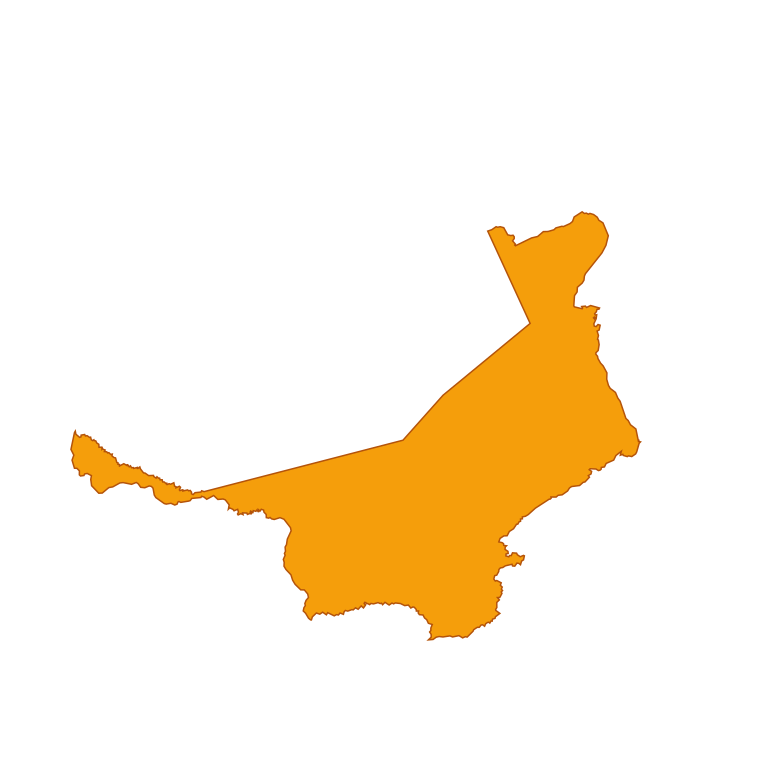 outline of Landázuri, Santander, Colombia, rotated 26°
{"feature_id": "7082276B67983395238238", "entity_name": "Landázuri", "entity_type": "district", "adm_level": 2, "iso_a3": "COL", "parent_name": "Colombia", "parent_adm1": "Santander", "projection": "mercator", "projection_center": [-73.893, 6.365], "detail": "fine", "context": "isolated", "style": "filled", "palette": "amber", "viewbox_px": 768, "rotation_deg": 26, "n_neighbors": 0, "source": "geoboundaries", "source_scale": "gbopen_adm2", "svg_char_len": 6170}
<svg xmlns="http://www.w3.org/2000/svg" viewBox="0 0 768 768"><g transform="rotate(26 384 384)"><path d="M536.1,594.5L540.1,592.1L541.9,588.7L544.2,586.8L547.9,585.5L553.7,581.5L556.5,581.3L561.7,577.3L566.0,577.7L567.8,575.5L569.7,575.0L572.4,567.2L572.3,565.5L574.5,561.8L576.3,560.9L576.9,558.1L578.1,557.2L580.6,557.6L580.5,554.9L581.5,553.1L582.6,552.2L583.9,552.5L584.1,550.1L585.2,549.7L584.6,547.8L586.5,546.0L586.2,544.3L588.7,539.4L583.7,538.5L583.2,537.7L583.4,535.4L581.1,530.9L582.3,527.5L579.6,526.2L581.6,525.1L581.7,524.2L581.8,520.5L580.5,519.5L581.1,517.7L579.4,516.9L579.3,514.7L576.8,513.9L576.5,511.3L571.5,511.2L570.4,512.3L568.2,511.2L567.5,507.7L569.1,506.4L569.3,502.3L568.6,500.3L569.2,498.3L571.2,496.9L572.8,494.2L578.1,489.9L579.3,491.2L581.4,490.4L582.0,486.7L583.9,486.1L585.9,486.6L585.3,482.8L586.5,480.9L585.5,476.9L584.5,476.9L582.2,479.5L578.7,479.0L577.3,477.9L573.5,479.4L573.6,482.4L572.1,483.1L571.9,484.6L568.9,485.1L568.2,483.2L569.9,481.9L568.8,480.1L565.3,479.6L564.4,477.4L565.0,475.7L562.4,476.6L561.4,475.1L559.7,474.8L556.4,475.6L556.0,471.9L558.3,468.0L561.2,466.4L561.3,461.6L563.9,457.3L564.6,451.9L565.7,451.3L565.8,448.7L566.9,447.5L565.9,445.5L567.5,444.5L566.6,442.8L569.1,440.9L570.9,438.1L574.5,429.2L582.9,415.2L583.9,414.5L584.3,413.2L583.6,412.4L588.3,410.1L589.3,407.7L592.7,405.5L595.9,399.7L596.3,396.1L597.6,393.9L604.3,389.5L606.1,385.1L607.6,383.9L609.5,377.7L607.8,376.8L609.5,374.1L608.9,371.5L606.0,371.1L606.4,369.8L611.8,367.5L614.7,367.8L615.9,366.8L616.5,365.5L615.9,363.7L618.5,361.9L618.5,358.0L623.8,351.7L623.8,346.6L626.8,340.4L627.6,344.4L629.5,342.5L630.4,343.3L634.5,342.6L635.2,341.4L638.5,340.6L640.8,336.6L640.9,334.4L639.3,325.4L639.9,323.6L638.5,323.9L637.8,323.1L637.6,323.7L630.1,314.0L623.4,312.6L619.5,309.8L616.5,308.9L603.8,296.0L600.4,294.2L595.7,290.1L589.3,288.8L586.4,286.9L582.1,282.1L579.5,276.3L573.1,271.7L569.5,270.3L565.1,267.3L563.8,265.5L561.3,264.3L560.8,262.9L561.8,260.0L560.1,254.3L557.4,250.5L556.3,250.2L555.5,246.4L552.3,243.0L553.7,241.2L552.5,236.4L550.3,236.7L549.5,239.4L547.6,239.8L546.2,237.9L546.1,233.8L543.3,232.7L543.7,231.6L546.0,232.1L544.8,228.5L543.6,229.4L542.5,228.5L543.2,226.0L542.7,223.5L544.4,222.5L544.4,221.2L535.3,222.9L532.5,226.4L530.9,225.7L527.7,227.7L529.2,228.7L529.1,229.5L521.3,231.2L520.3,230.5L516.5,221.1L517.2,216.6L515.4,212.3L517.9,206.4L518.2,203.0L516.8,199.1L516.7,196.5L522.4,170.7L522.7,162.1L520.6,152.4L510.2,143.2L505.3,142.6L502.5,140.6L498.1,139.8L494.3,140.4L493.2,141.8L491.0,141.7L489.3,142.9L486.6,142.4L481.7,150.5L482.2,155.3L480.9,158.2L476.3,163.8L474.7,164.3L470.1,168.3L469.1,170.9L464.6,175.0L460.4,177.2L457.4,184.1L452.6,188.0L441.6,202.1L440.6,201.8L440.8,200.7L436.8,199.0L437.3,196.3L436.5,194.6L434.8,193.7L432.9,195.0L429.8,195.7L423.1,191.0L419.5,191.7L417.4,193.3L415.8,193.5L413.2,198.1L410.2,201.1L488.8,265.5L442.0,368.2L425.7,426.2L269.5,559.6L266.9,559.9L266.8,561.4L261.8,564.5L260.9,567.1L259.1,567.0L258.4,565.6L256.5,564.6L255.3,565.6L253.9,565.3L250.3,568.2L250.2,567.4L249.3,567.4L247.3,569.3L246.5,568.9L246.4,566.0L244.9,565.6L242.5,568.5L242.1,567.5L240.5,567.6L238.4,564.9L236.2,567.6L234.6,567.8L233.2,569.4L232.3,568.5L232.1,569.2L229.5,568.4L228.0,569.0L226.6,567.3L224.8,568.3L223.6,567.0L222.6,567.5L220.6,566.9L220.4,568.5L217.6,568.1L216.9,567.2L212.6,569.5L208.4,568.8L206.8,569.3L202.2,567.0L200.9,565.6L199.9,567.8L199.3,568.0L198.9,567.1L196.0,569.6L195.4,569.0L193.8,569.9L192.0,568.7L191.3,570.1L189.0,568.9L188.4,569.3L189.5,570.0L185.1,569.7L182.2,573.6L181.5,572.3L180.1,572.8L179.6,571.5L178.2,571.6L175.1,568.1L173.4,568.5L170.9,567.8L170.5,566.1L169.2,567.1L166.8,566.3L165.8,567.1L164.6,566.5L162.3,567.3L162.3,565.6L159.8,565.8L159.0,565.1L158.9,566.0L158.0,564.5L155.6,565.8L154.1,563.2L151.6,562.9L149.9,561.5L148.4,561.9L147.7,561.3L147.0,562.6L145.3,562.4L143.6,560.4L142.9,561.1L139.8,560.6L138.4,561.6L137.1,560.6L134.2,562.7L134.8,564.4L133.8,565.4L129.1,564.2L127.2,561.7L127.1,563.4L131.3,580.0L136.4,583.9L137.0,589.2L142.7,595.4L145.0,594.4L148.3,595.6L150.0,599.2L151.6,599.7L154.4,597.8L154.4,596.0L156.5,594.5L161.2,594.6L162.3,598.4L165.8,603.6L175.5,607.2L178.6,605.5L182.1,597.7L185.3,595.4L190.0,588.7L192.7,587.0L201.1,584.8L204.5,581.1L206.8,581.4L210.6,583.5L214.5,582.1L217.6,578.6L219.8,578.0L222.1,578.9L226.2,584.5L228.7,586.1L238.9,587.8L240.9,587.4L244.8,584.6L249.0,584.5L250.7,582.7L250.5,580.5L251.2,579.5L253.2,579.5L259.6,575.0L260.9,573.8L261.4,571.1L269.2,566.3L269.3,564.9L271.6,564.5L275.2,565.3L279.8,558.9L285.3,560.6L289.8,557.9L292.2,557.7L297.8,560.5L299.0,564.7L299.6,563.0L303.3,562.9L304.8,563.7L307.4,560.8L309.4,563.0L309.3,565.0L310.3,565.6L312.2,563.3L314.6,563.2L313.4,561.8L317.4,560.1L318.4,561.1L320.1,559.3L321.5,559.0L321.8,557.9L319.9,557.8L319.8,556.7L322.5,556.8L322.0,555.1L324.7,554.6L325.0,553.0L326.9,553.9L327.3,553.6L326.2,552.0L328.3,552.5L328.6,550.4L331.1,550.1L332.3,551.8L335.3,552.9L336.8,555.7L339.2,555.1L340.1,553.9L342.1,554.5L344.7,553.9L349.1,549.7L353.4,549.4L362.9,554.1L364.9,556.7L365.1,565.8L366.8,571.2L366.6,573.9L368.8,577.6L368.8,580.0L370.2,581.2L370.4,585.8L372.4,587.9L374.0,591.6L377.2,593.7L384.0,596.3L387.9,600.4L391.9,603.0L399.4,605.5L402.7,604.0L407.5,606.2L409.7,609.0L408.8,612.6L409.1,616.0L410.4,617.6L410.1,620.2L410.9,623.4L414.0,624.4L418.9,627.6L421.4,628.2L422.2,627.9L421.7,624.7L423.6,619.5L427.2,619.0L428.9,616.0L433.4,616.7L433.6,614.2L440.9,614.2L442.4,612.1L444.3,611.6L444.9,609.1L448.5,608.8L448.0,606.4L448.5,604.5L451.0,604.0L454.1,600.8L455.3,600.6L456.5,597.7L459.5,597.8L460.8,593.5L463.7,594.3L464.3,591.0L462.3,589.9L462.4,588.7L463.6,588.4L464.4,589.3L465.5,588.5L467.8,588.6L468.4,587.0L471.0,586.2L474.5,583.1L476.8,583.0L477.9,582.1L479.5,583.0L480.6,579.8L485.5,580.4L487.2,577.4L489.0,577.4L490.2,575.8L495.0,574.1L499.8,574.1L502.8,572.0L506.3,573.6L507.7,571.7L509.1,571.4L511.8,572.5L512.6,573.9L514.6,572.9L515.1,574.8L516.9,575.8L520.3,574.5L523.0,576.5L525.7,577.1L528.8,579.6L532.8,579.0L533.1,582.8L534.2,585.1L533.7,586.9L536.2,588.4L537.4,590.9L536.1,594.5Z" fill="#f59e0b" stroke="#b45309" stroke-width="1.5"/></g></svg>